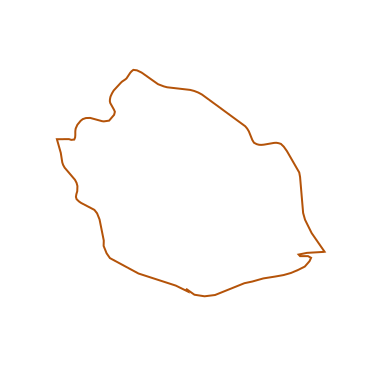 outline of Pomeroon-Supenaam, rotated 110°
{"feature_id": "GUY-680", "entity_name": "Pomeroon-Supenaam", "entity_type": "Region", "adm_level": 1, "iso_a3": "GUY", "parent_name": "Guyana", "parent_adm1": "", "projection": "robinson", "projection_center": [-58.872, 7.19], "detail": "fine", "context": "isolated", "style": "outline", "palette": "amber", "viewbox_px": 384, "rotation_deg": 110, "n_neighbors": 0, "source": "natural_earth", "source_scale": "10m", "svg_char_len": 1422}
<svg xmlns="http://www.w3.org/2000/svg" viewBox="0 0 384 384"><g transform="rotate(110 192 192)"><path d="M202.8,47.0L203.3,47.9L209.9,63.2L214.3,70.4L215.3,68.5L212.6,61.0L213.1,57.6L216.8,57.9L223.5,60.5L229.1,65.8L234.3,71.4L238.7,77.5L243.1,85.1L248.8,95.4L255.5,104.7L259.8,111.6L280.9,135.1L285.7,144.5L287.7,154.6L285.0,164.4L286.9,162.2L285.5,175.3L286.9,214.4L282.2,246.5L278.8,251.3L272.9,256.6L267.8,258.3L249.4,269.5L244.5,273.9L242.2,277.6L240.2,292.5L239.5,295.1L238.2,298.0L236.3,299.4L233.7,299.9L230.5,300.1L225.6,301.7L222.9,303.6L220.6,306.1L212.7,320.0L210.6,322.4L208.6,324.0L200.1,328.7L188.6,337.0L184.4,325.7L184.3,323.3L183.0,320.6L180.7,320.5L178.5,321.1L175.2,322.3L173.7,322.7L172.1,323.0L168.0,322.7L163.2,321.0L160.9,319.6L158.8,317.0L157.2,313.0L156.2,300.7L155.8,299.0L153.3,294.3L146.1,291.6L143.0,291.9L141.4,293.4L136.4,299.2L134.9,300.2L133.4,300.7L131.8,301.0L130.2,301.2L126.6,300.9L123.4,300.3L113.6,296.2L112.2,295.5L109.2,293.3L107.7,292.4L101.1,290.8L99.3,290.1L97.3,288.9L96.5,285.3L97.0,280.2L102.3,260.8L102.4,254.6L102.1,251.2L96.7,228.7L96.3,224.5L96.4,220.2L97.0,216.0L112.0,164.5L113.5,161.9L115.6,159.3L122.5,153.1L124.5,150.6L124.9,147.6L124.7,145.2L124.0,142.9L122.9,140.6L117.8,131.7L116.9,129.6L116.5,127.3L116.4,124.9L118.0,121.3L121.1,116.8L137.0,97.9L140.9,95.6L173.7,80.4L179.4,76.3L189.7,65.5L202.8,47.0Z" fill="none" stroke="#b45309" stroke-width="2"/></g></svg>